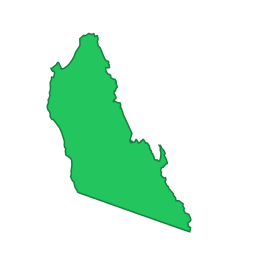 outline of Monterey, California, United States of America, rotated 19°
{"feature_id": "52423323B78495074223375", "entity_name": "Monterey", "entity_type": "district", "adm_level": 2, "iso_a3": "USA", "parent_name": "United States of America", "parent_adm1": "California", "projection": "equal_earth", "projection_center": [-121.197, 36.354], "detail": "fine", "context": "isolated", "style": "filled", "palette": "green", "viewbox_px": 256, "rotation_deg": 19, "n_neighbors": 0, "source": "geoboundaries", "source_scale": "gbopen_adm2", "svg_char_len": 4621}
<svg xmlns="http://www.w3.org/2000/svg" viewBox="0 0 256 256"><g transform="rotate(19 128 128)"><path d="M70.7,53.4L68.9,50.7L66.9,52.2L64.9,49.9L63.3,51.4L60.2,51.3L57.4,54.9L55.9,54.7L53.4,59.4L53.5,59.7L55.3,64.3L55.7,65.8L53.9,73.2L53.7,78.2L52.9,82.5L51.8,86.1L51.1,87.8L50.0,89.8L48.1,92.4L46.9,93.3L45.3,93.7L45.1,93.7L45.0,92.7L41.5,89.2L40.9,88.8L40.2,88.9L40.0,89.3L39.6,91.4L36.6,96.3L35.8,96.6L36.4,97.6L38.0,98.8L38.6,98.9L38.8,98.4L39.5,98.6L40.6,99.5L41.2,104.3L40.9,104.5L39.3,104.7L39.4,106.1L39.9,106.8L39.8,108.2L39.6,109.7L39.7,110.4L40.0,111.5L41.2,114.1L42.4,118.0L42.1,119.5L42.4,120.9L43.3,121.8L43.5,122.4L43.7,124.0L43.6,126.5L43.3,127.3L44.6,129.8L44.4,132.9L45.0,135.0L46.5,136.9L48.8,138.4L50.2,140.8L50.5,142.2L51.5,143.4L52.8,144.4L53.5,144.6L54.6,144.4L56.4,145.4L62.9,149.8L66.8,153.9L72.0,161.0L72.8,163.0L73.2,164.7L74.4,166.9L75.9,167.8L76.2,169.4L76.1,169.9L77.8,173.4L78.3,173.9L80.0,174.1L82.2,174.9L84.4,175.9L85.2,176.8L87.0,181.0L88.4,187.9L89.4,190.1L89.6,191.1L89.5,192.7L91.9,195.3L93.2,196.2L94.6,196.9L95.3,198.4L97.3,201.3L100.5,204.0L101.6,205.2L164.0,205.8L216.4,206.1L220.2,206.0L219.5,201.8L217.0,201.2L215.5,198.3L217.4,195.4L217.1,193.8L213.7,189.9L209.6,189.7L207.4,187.5L207.4,185.6L205.2,184.0L204.9,181.8L199.9,180.2L197.2,181.1L195.5,178.4L192.6,176.7L192.4,175.4L186.0,171.8L185.4,170.5L183.2,169.5L180.5,166.9L180.7,164.4L179.6,162.8L178.1,163.7L174.6,161.9L173.9,158.6L172.6,157.7L172.6,154.6L174.0,153.6L175.7,149.5L176.8,148.7L174.3,145.0L171.1,142.1L171.4,139.9L169.4,137.7L166.8,136.4L164.3,133.9L163.1,134.2L164.7,135.6L165.8,138.7L167.3,140.9L168.5,145.3L168.6,148.7L167.3,149.6L165.9,148.6L164.6,149.3L164.4,149.2L163.9,149.3L163.4,148.8L163.1,148.9L162.8,148.5L162.3,147.8L162.2,147.3L161.6,146.4L161.0,146.1L160.7,145.9L160.4,145.1L159.9,144.8L159.7,144.4L159.3,144.2L159.0,144.2L158.7,144.1L158.7,143.8L158.3,143.6L158.0,143.1L157.7,143.0L157.6,142.5L157.7,142.3L157.5,142.1L157.4,142.1L157.3,141.9L157.0,141.8L156.7,141.8L156.5,141.5L156.2,141.3L156.2,141.5L156.0,141.4L156.0,141.2L155.9,141.3L155.8,141.1L155.6,141.0L155.3,140.8L155.1,140.5L154.9,140.3L154.7,139.7L154.7,139.3L154.8,139.4L154.8,139.2L154.6,139.1L154.6,138.8L154.3,138.4L153.9,137.9L153.6,137.9L153.4,137.6L153.2,137.3L152.8,137.3L152.6,137.1L152.3,136.7L152.1,136.6L151.8,136.4L151.3,136.2L151.0,136.0L150.6,136.0L150.3,136.2L149.9,136.2L149.6,136.4L149.5,136.6L149.2,136.5L149.0,136.3L148.6,135.6L148.1,135.2L147.8,134.8L147.5,134.8L147.1,134.4L146.7,134.1L146.2,133.8L145.8,134.0L145.6,134.6L145.5,135.2L145.2,135.2L144.8,135.6L144.5,136.2L144.6,136.5L144.6,136.8L144.2,137.0L144.1,137.3L144.0,137.9L143.4,138.3L143.1,138.5L142.5,138.8L142.3,138.5L142.0,138.0L141.6,137.8L141.2,137.3L140.7,136.9L140.5,136.7L140.1,136.7L139.8,136.6L139.6,136.5L139.4,136.3L139.3,136.5L139.2,137.0L139.1,137.9L139.2,138.7L138.8,139.1L138.6,139.5L138.1,139.4L137.7,139.5L137.5,139.8L137.1,139.8L136.9,139.7L136.7,139.8L136.7,140.0L136.5,139.9L136.4,139.7L136.2,140.1L136.1,140.5L135.9,140.7L135.8,140.9L135.6,140.8L135.3,140.9L135.1,140.9L135.0,140.6L135.1,140.4L134.9,140.0L134.9,139.7L135.0,139.4L135.1,139.2L134.8,138.7L134.5,138.8L134.3,138.7L134.1,138.8L134.1,139.0L133.9,139.2L133.6,136.5L133.6,132.0L127.1,125.1L124.7,122.6L119.2,116.9L117.1,113.8L116.6,113.3L115.8,112.4L115.3,111.4L114.8,111.3L114.6,111.5L114.0,111.3L113.8,110.6L114.0,109.8L113.7,108.9L113.1,107.9L112.8,107.3L112.2,106.8L111.9,106.9L111.4,107.1L110.4,107.3L109.7,107.4L108.8,107.4L108.0,107.0L107.1,106.9L106.6,107.0L105.9,107.4L105.8,107.7L105.4,107.5L105.3,107.0L105.7,106.2L105.9,105.4L106.4,104.8L106.8,104.2L106.9,103.5L106.7,102.9L106.4,102.5L105.9,102.0L105.4,101.3L104.8,100.9L104.0,100.4L103.5,99.9L103.5,99.2L103.3,98.9L103.2,98.5L103.1,97.9L103.1,97.7L103.3,97.2L103.6,97.2L104.0,97.1L103.9,96.6L103.9,96.3L103.8,95.7L104.0,95.2L104.0,94.4L104.3,93.3L104.5,93.0L104.5,92.5L104.0,92.0L103.4,91.2L102.9,90.8L102.4,89.9L102.0,89.1L102.1,88.8L101.9,88.3L101.5,88.0L101.3,87.4L100.7,87.0L100.0,86.4L99.6,86.1L99.1,86.3L98.5,86.6L98.1,86.5L97.5,86.4L96.8,86.4L96.5,86.1L95.6,86.2L95.1,85.7L94.9,84.8L94.5,83.9L93.8,83.7L93.1,83.3L92.3,83.4L91.8,83.7L91.1,83.4L90.5,82.8L90.1,82.4L89.6,82.1L89.0,82.0L88.7,81.2L88.5,80.8L88.3,80.4L88.0,79.9L87.7,79.6L87.6,79.0L87.4,78.6L87.3,78.2L87.8,78.1L88.2,78.0L88.9,77.8L89.2,77.7L89.5,77.7L89.9,77.5L90.5,77.2L90.8,76.8L90.6,76.2L90.0,75.5L89.8,75.0L89.7,74.4L89.2,74.0L88.8,73.9L88.4,73.4L88.4,72.3L87.7,71.4L87.3,71.3L86.7,71.5L86.1,71.7L83.6,70.3L79.8,66.1L79.4,65.6L75.5,61.2L73.0,60.0L70.9,56.2L70.7,53.4Z" fill="#22c55e" stroke="#15803d" stroke-width="1.5"/></g></svg>